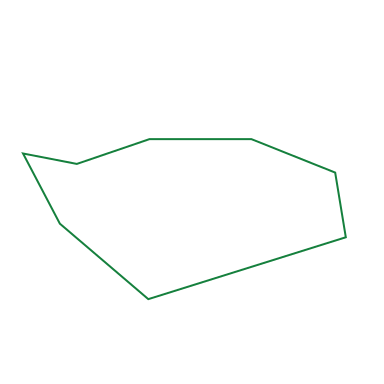 SVG path tracing the border of Grenada, rotated 66°
{"feature_id": "GRD", "entity_name": "Grenada", "entity_type": "country or territory", "adm_level": 0, "iso_a3": "GRD", "parent_name": "North America", "parent_adm1": "", "projection": "orthographic", "projection_center": [-61.703, 12.123], "detail": "fine", "context": "isolated", "style": "outline", "palette": "green", "viewbox_px": 384, "rotation_deg": 66, "n_neighbors": 0, "source": "natural_earth", "source_scale": "50m", "svg_char_len": 270}
<svg xmlns="http://www.w3.org/2000/svg" viewBox="0 0 384 384"><g transform="rotate(66 192 192)"><path d="M167.2,325.6L88.1,330.7L119.5,285.8L126.4,209.3L167.9,116.2L232.5,53.3L295.9,69.9L272.1,275.5L167.2,325.6Z" fill="none" stroke="#15803d" stroke-width="2"/></g></svg>